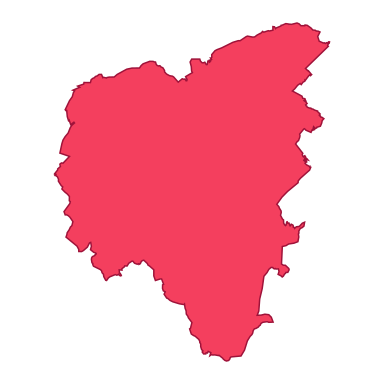 the district of Acultzingo, Veracruz, Mexico
{"feature_id": "50627088B7660933321092", "entity_name": "Acultzingo", "entity_type": "district", "adm_level": 2, "iso_a3": "MEX", "parent_name": "Mexico", "parent_adm1": "Veracruz", "projection": "mercator", "projection_center": [-97.266, 18.708], "detail": "fine", "context": "isolated", "style": "filled", "palette": "rose", "viewbox_px": 384, "rotation_deg": 0, "n_neighbors": 0, "source": "geoboundaries", "source_scale": "gbopen_adm2", "svg_char_len": 5881}
<svg xmlns="http://www.w3.org/2000/svg" viewBox="0 0 384 384"><path d="M66.0,237.1L77.0,246.1L78.7,249.3L78.8,251.5L81.6,251.6L83.5,250.5L87.4,247.1L89.5,242.9L90.7,242.4L91.4,246.3L90.5,249.7L93.7,252.3L95.7,253.0L96.2,253.6L96.0,254.2L95.1,254.6L94.9,255.5L92.4,256.6L91.6,257.9L91.4,259.4L91.9,262.5L92.2,263.1L92.8,263.4L92.8,264.6L93.5,266.2L100.4,269.6L101.5,270.7L102.1,272.8L103.4,274.2L103.8,276.7L105.7,280.3L106.6,280.5L108.4,277.9L109.9,276.8L115.3,274.6L116.9,275.2L118.7,274.2L118.9,274.9L120.3,275.9L121.3,275.6L120.9,274.5L119.4,272.4L119.2,269.8L122.0,270.1L121.9,268.7L124.3,266.9L124.7,265.9L127.1,266.0L128.7,263.3L131.9,261.2L132.9,261.2L134.5,263.2L137.2,264.2L138.8,263.7L139.0,264.4L140.3,263.7L141.3,261.5L142.4,260.6L143.8,260.2L147.4,263.6L148.0,265.1L149.5,266.0L153.8,269.8L153.8,275.9L155.4,280.5L160.1,279.0L161.6,279.0L163.6,284.3L162.6,284.8L162.5,288.4L163.3,290.8L165.2,291.8L164.1,294.2L166.7,298.1L167.7,298.4L170.0,300.4L172.8,301.8L179.4,303.8L184.1,304.6L184.5,304.1L185.1,308.2L186.1,310.8L186.3,314.1L187.9,316.3L188.3,317.7L191.9,322.5L190.5,328.2L189.6,328.9L191.3,334.0L193.5,335.5L195.1,336.2L198.8,339.4L199.8,341.5L199.8,342.5L200.7,344.0L200.7,346.6L201.6,349.6L202.9,350.9L202.2,352.0L203.6,353.9L205.8,353.9L206.2,352.7L207.5,353.0L208.2,351.4L210.8,352.6L209.9,355.7L211.5,354.6L212.6,355.0L214.9,354.9L218.6,355.6L219.0,355.3L222.7,358.2L223.2,359.0L224.9,360.4L226.5,361.0L228.6,360.5L229.6,359.4L230.3,357.5L231.2,356.9L241.0,356.0L244.5,350.1L247.4,340.8L250.1,336.4L251.9,334.6L252.7,333.1L253.2,330.6L254.4,328.8L255.8,328.5L258.3,327.1L259.2,325.9L260.3,325.1L260.9,323.5L262.8,322.3L267.1,321.7L268.8,322.3L273.1,322.1L271.3,317.2L268.8,314.7L264.8,314.2L261.2,315.1L257.2,315.3L258.8,311.0L259.7,299.0L262.2,288.6L263.9,276.3L267.0,272.6L268.8,269.4L271.1,267.4L272.8,267.5L273.3,268.3L274.3,268.9L275.3,268.5L275.8,269.0L278.4,268.9L279.0,271.6L278.1,274.4L280.8,275.7L282.2,277.0L283.4,276.1L284.6,274.0L285.5,273.4L285.9,272.4L287.8,272.4L289.1,269.8L288.8,268.5L285.4,265.3L283.3,265.2L281.5,264.0L282.3,246.5L286.1,245.6L288.6,244.0L293.9,243.2L297.9,241.7L298.8,237.0L298.4,234.0L298.9,233.1L298.8,231.1L300.3,228.4L301.9,227.8L303.9,226.2L304.6,222.2L302.3,223.2L299.3,226.4L296.3,226.8L294.6,228.4L294.2,227.4L293.3,227.2L293.2,225.7L292.8,225.0L291.2,224.2L290.4,225.8L290.0,225.8L288.9,223.0L287.9,223.3L287.2,221.8L286.7,222.0L286.1,225.0L285.5,225.6L285.0,225.2L283.7,223.3L283.5,219.9L282.5,219.1L280.5,215.3L281.2,212.7L281.1,211.0L279.3,208.0L278.9,206.7L276.8,204.3L282.0,197.1L287.6,191.4L298.1,182.7L298.2,180.9L300.5,178.2L309.6,170.1L310.7,167.4L309.9,167.3L310.0,166.3L309.4,166.4L306.5,164.8L305.0,163.2L305.6,162.4L306.7,162.0L306.5,161.1L306.1,160.9L305.0,161.3L303.8,160.4L304.1,159.9L305.2,160.3L305.2,159.4L304.7,159.3L304.7,158.8L307.9,159.9L307.0,158.8L305.8,158.2L305.8,157.3L304.8,155.7L304.3,156.0L304.4,157.0L303.6,157.0L302.9,156.3L302.2,154.4L302.8,153.3L295.6,144.0L297.1,141.7L298.5,140.6L299.7,137.4L300.0,135.7L299.6,134.1L303.8,129.0L304.5,128.7L305.9,130.2L311.0,132.4L312.2,129.8L312.8,129.8L312.8,130.2L314.4,129.6L314.0,129.0L313.1,128.7L313.6,126.7L315.3,128.5L316.7,127.9L316.8,127.3L320.4,126.2L321.7,123.1L322.2,120.6L323.9,118.7L322.2,117.4L321.0,117.2L319.8,115.8L320.2,115.8L319.5,114.7L320.1,114.0L317.4,111.4L317.5,111.0L314.6,110.1L313.0,109.1L311.3,108.8L310.9,108.1L309.6,108.1L307.2,107.2L306.8,106.1L306.1,105.8L305.6,104.9L307.1,103.5L305.6,101.7L306.0,101.3L305.7,100.7L305.0,101.3L304.0,100.6L305.2,99.6L304.9,98.7L302.7,98.3L302.0,96.2L292.4,91.0L294.7,88.9L297.6,85.3L300.1,83.5L301.2,84.6L303.0,82.2L304.8,81.2L304.9,80.2L305.2,80.5L308.7,75.8L309.7,75.0L310.5,75.7L311.6,74.6L310.7,74.0L310.9,73.8L308.5,70.9L308.3,71.1L305.5,68.5L328.0,46.6L328.3,46.3L327.6,45.7L327.8,44.9L328.6,43.5L329.2,43.2L329.5,41.9L328.7,41.8L327.3,43.1L326.5,42.7L325.2,43.5L324.3,42.8L323.3,43.0L319.2,41.2L317.7,36.5L320.0,32.0L318.3,31.2L316.2,31.0L315.4,30.3L312.8,30.0L311.0,28.0L307.2,25.3L305.0,25.0L304.8,25.7L300.9,25.7L299.2,23.9L297.0,23.0L291.3,24.4L289.7,24.1L289.0,24.4L288.5,24.0L285.8,23.6L282.1,25.2L281.1,25.3L280.9,26.0L276.1,28.0L275.6,28.6L274.5,26.8L272.9,26.6L272.9,30.2L269.3,31.0L268.3,30.7L264.3,32.0L263.4,32.1L262.7,31.4L260.5,33.5L260.0,33.5L256.9,35.2L254.7,36.9L252.9,37.1L247.5,36.1L246.2,36.6L240.1,40.7L238.2,40.7L232.9,42.3L221.6,47.9L217.1,49.6L215.0,50.7L211.7,54.6L211.8,57.2L211.4,58.0L210.5,58.0L211.5,59.5L209.5,60.2L210.6,61.0L209.6,62.2L208.8,61.3L207.9,61.1L207.2,64.5L206.3,64.6L204.8,62.2L203.4,62.8L202.1,62.8L200.4,61.0L199.8,59.1L191.7,59.1L190.1,62.0L191.3,66.6L191.6,71.1L192.4,72.6L185.6,76.6L187.1,79.5L186.8,80.7L186.1,80.8L184.9,79.0L184.0,79.3L182.2,78.8L178.2,82.1L173.7,77.0L172.5,76.2L169.6,75.7L166.5,74.0L164.6,71.9L164.5,70.4L162.9,67.8L160.9,66.9L160.3,66.0L159.7,65.7L158.8,66.0L157.2,65.5L156.2,64.3L155.5,62.0L154.5,62.0L153.2,61.4L149.8,61.3L143.1,63.8L141.1,65.6L139.5,68.0L131.9,68.1L126.7,69.2L117.2,74.4L114.2,77.0L109.1,77.1L107.0,77.5L106.5,78.0L103.5,77.3L102.9,77.7L101.5,74.4L99.1,74.4L97.2,75.9L95.4,76.5L94.4,77.7L92.9,78.3L91.2,79.6L90.4,82.6L84.0,82.5L83.7,84.1L77.7,86.1L79.7,87.3L72.9,90.2L74.6,90.8L73.4,92.6L72.3,96.7L69.5,100.7L65.2,109.7L65.8,110.0L65.8,110.5L66.7,110.5L67.3,116.7L68.5,120.6L69.1,120.0L70.7,124.6L73.9,122.2L74.5,123.0L71.8,125.3L70.3,127.6L68.1,133.1L65.1,136.7L63.0,140.1L61.9,143.7L59.9,153.1L69.5,156.4L63.0,163.2L61.7,162.9L60.2,163.7L59.9,164.5L60.4,166.5L57.7,168.9L57.7,169.9L54.5,173.9L54.5,174.1L55.9,174.2L56.0,174.4L55.1,175.5L56.0,175.7L57.4,176.8L58.5,179.2L58.4,181.2L61.2,185.6L62.7,186.9L61.9,189.0L64.8,192.0L67.4,194.1L69.4,196.5L69.3,200.8L70.3,201.6L69.8,203.6L64.0,211.6L65.2,214.9L66.5,214.8L68.3,215.7L69.9,217.2L72.9,221.6L71.9,225.6L70.4,227.1L69.1,229.9L67.2,232.7L66.8,234.9L66.0,237.1Z" fill="#f43f5e" stroke="#9f1239" stroke-width="1.5"/></svg>